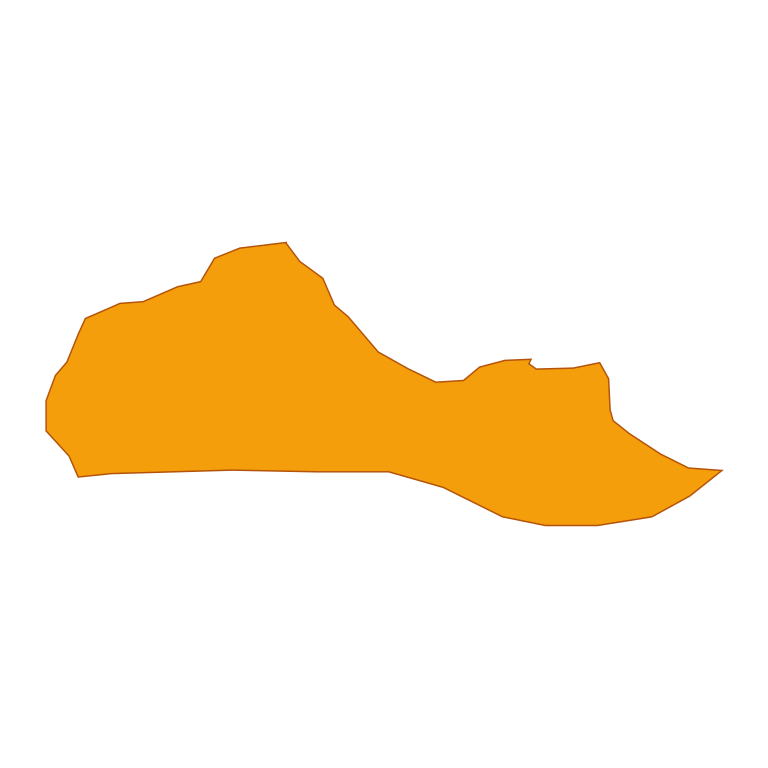 Ystad, Skåne, Sweden (Natural Earth projection)
{"feature_id": "70781695B99189289928954", "entity_name": "Ystad", "entity_type": "district", "adm_level": 2, "iso_a3": "SWE", "parent_name": "Sweden", "parent_adm1": "Skåne", "projection": "natural_earth1", "projection_center": [13.95, 55.495], "detail": "fine", "context": "isolated", "style": "filled", "palette": "amber", "viewbox_px": 768, "rotation_deg": 0, "n_neighbors": 0, "source": "geoboundaries", "source_scale": "gbopen_adm2", "svg_char_len": 724}
<svg xmlns="http://www.w3.org/2000/svg" viewBox="0 0 768 768"><path d="M531.0,359.3L504.9,360.4L479.6,367.1L463.5,380.5L435.8,382.2L408.1,368.8L378.2,352.0L348.2,316.8L334.4,305.1L322.8,278.3L299.8,261.5L286.0,243.1L286.2,242.5L239.9,248.1L214.6,258.2L200.7,281.6L177.7,286.7L143.1,301.7L120.0,303.4L107.7,308.8L85.4,318.5L78.5,333.6L66.9,362.1L55.4,375.5L46.1,400.7L46.1,430.9L69.1,456.1L78.2,477.0L111.3,473.6L232.2,470.1L317.6,471.8L388.7,471.8L443.2,487.4L502.5,516.8L545.2,525.5L597.4,525.5L651.9,516.8L689.8,496.0L721.9,470.5L688.4,468.0L660.4,454.0L629.3,433.6L613.1,420.7L610.1,410.0L608.6,378.8L599.7,362.7L573.2,368.1L536.3,369.1L528.9,363.8L531.0,359.3Z" fill="#f59e0b" stroke="#b45309" stroke-width="1.5"/></svg>